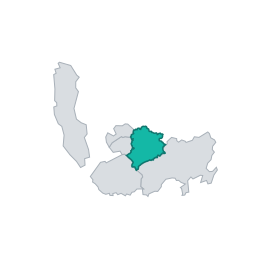 map of Belarus with Sweden, Ukraine, Poland and 2 others greyed out, rotated 324°
{"feature_id": "BLR", "entity_name": "Belarus", "entity_type": "country or territory", "adm_level": 0, "iso_a3": "BLR", "parent_name": "Europe", "parent_adm1": "", "projection": "orthographic", "projection_center": [28.129, 53.705], "detail": "fine", "context": "with_neighbors", "style": "filled", "palette": "teal", "viewbox_px": 256, "rotation_deg": 324, "n_neighbors": 5, "source": "natural_earth", "source_scale": "50m", "svg_char_len": 6324}
<svg xmlns="http://www.w3.org/2000/svg" viewBox="0 0 256 256"><g transform="rotate(324 128 128)"><path d="M65.0,104.4L72.1,96.2L75.4,87.8L74.1,83.6L76.4,73.8L80.3,67.4L83.4,68.3L85.2,65.6L84.7,62.8L91.8,53.5L99.3,41.1L102.0,41.5L103.4,37.5L108.5,39.4L109.5,34.6L111.2,34.5L118.4,43.8L117.6,55.2L118.4,58.2L112.9,59.9L109.3,64.8L109.3,69.4L95.8,80.4L91.5,90.5L93.2,96.2L96.1,100.8L91.4,108.8L87.1,110.0L83.4,122.3L79.8,129.0L74.9,127.3L71.4,132.8L66.4,132.1L66.7,124.8L65.3,115.6L65.0,104.4Z" fill="#d9dde1" stroke="#a8b0b8" stroke-width="1"/><path d="M168.2,211.2L171.0,212.8L176.4,211.7L175.6,214.5L169.9,216.5L162.9,221.5L159.8,220.2L160.7,216.6L154.7,214.8L160.5,210.4L158.9,208.8L150.6,207.4L150.1,204.6L145.3,205.7L139.5,215.6L137.0,214.4L134.5,215.6L132.1,214.3L133.5,213.4L135.8,208.4L135.4,207.0L141.5,207.0L139.0,203.3L138.2,200.1L136.3,198.9L136.6,196.3L134.3,194.3L128.5,191.7L121.7,193.4L120.4,195.1L114.8,196.8L112.5,194.9L106.2,193.6L103.9,195.1L103.6,193.0L101.0,190.7L103.7,185.9L104.8,186.4L103.8,182.9L108.7,176.9L111.1,176.2L111.8,174.1L109.7,167.3L112.0,167.1L114.7,165.2L123.1,165.9L133.9,169.1L135.6,167.8L136.9,169.5L143.1,169.8L143.3,165.9L144.7,164.2L150.5,163.8L151.5,162.0L157.7,161.2L161.1,165.2L160.0,166.9L160.6,169.2L164.4,169.2L166.5,172.3L166.5,173.8L172.9,175.8L176.5,174.1L179.9,177.3L190.2,178.1L190.6,180.3L189.2,184.6L191.0,188.5L190.6,191.2L185.8,192.5L183.5,195.0L183.7,198.3L179.7,199.5L176.6,202.4L171.8,203.3L167.5,206.6L168.2,211.2Z" fill="#d9dde1" stroke="#a8b0b8" stroke-width="1"/><path d="M110.7,149.5L110.7,152.9L111.7,155.8L111.5,158.9L108.7,160.2L111.8,174.1L111.1,176.2L108.7,176.9L103.8,182.9L104.8,186.4L99.3,182.6L95.6,183.3L93.4,182.3L90.3,183.6L88.1,180.6L86.0,181.3L84.0,176.8L80.5,175.9L80.4,173.4L77.2,172.1L76.2,173.9L73.8,171.9L74.5,169.9L71.1,168.6L69.3,165.8L68.2,160.7L69.1,158.1L68.7,153.9L67.6,150.9L69.2,149.2L69.0,145.1L85.6,139.6L89.8,141.5L89.9,143.4L107.6,146.1L109.8,147.1L110.7,149.5Z" fill="#d9dde1" stroke="#a8b0b8" stroke-width="1"/><path d="M124.5,137.1L124.8,140.5L121.2,142.9L120.0,147.1L115.0,149.8L110.7,149.5L109.8,147.1L107.6,146.1L108.0,142.1L101.7,139.0L101.5,132.5L106.5,130.6L117.7,131.1L118.3,132.7L120.5,133.3L124.5,137.1Z" fill="#d9dde1" stroke="#a8b0b8" stroke-width="1"/><path d="M128.1,123.0L130.1,124.7L131.8,132.9L124.5,137.1L120.5,133.3L118.3,132.7L117.7,131.1L106.5,130.6L101.5,132.5L102.2,126.8L104.7,122.2L108.8,120.0L111.6,125.9L114.9,125.9L116.0,120.1L119.6,119.0L124.7,122.9L128.1,123.0Z" fill="#d9dde1" stroke="#a8b0b8" stroke-width="1"/><path d="M148.6,163.6L147.7,163.5L146.6,163.6L146.0,164.1L145.8,164.0L145.4,163.9L144.9,164.1L144.3,164.9L143.9,165.3L143.5,166.0L143.4,166.3L143.2,166.9L143.0,167.6L143.1,168.1L143.3,168.6L143.4,169.1L143.5,169.5L143.2,169.8L143.1,170.2L142.6,170.1L142.1,169.7L141.9,169.2L141.5,168.8L141.2,168.6L140.7,168.6L140.0,168.8L139.1,168.9L138.3,169.0L137.9,169.2L137.4,169.4L137.1,169.2L136.8,168.6L136.5,167.9L136.3,167.6L136.2,167.6L135.7,167.8L135.6,168.0L135.3,168.1L135.0,168.2L134.7,168.5L134.4,169.1L134.2,169.0L134.0,168.9L133.8,168.2L133.5,168.1L133.0,168.1L132.3,167.9L131.8,167.7L131.6,167.8L131.3,168.1L131.0,168.1L130.3,167.9L130.1,168.0L129.9,168.3L129.7,168.7L129.4,168.6L129.5,168.0L129.1,167.8L128.3,167.7L127.8,167.8L127.6,167.8L127.5,167.7L126.9,166.6L126.6,166.5L126.0,166.6L125.2,166.4L124.2,166.2L123.6,166.1L123.4,165.8L122.8,165.7L121.2,165.3L120.5,165.2L119.6,165.1L118.1,165.0L117.1,165.0L116.7,165.1L116.2,165.2L115.3,165.2L115.0,165.2L114.4,165.2L113.8,165.3L113.6,165.5L113.4,166.0L112.6,166.8L111.9,167.3L111.4,167.0L111.0,166.9L110.6,166.8L110.3,166.9L110.1,167.0L110.1,167.7L110.1,167.8L109.8,167.0L109.9,166.3L110.1,165.9L110.3,165.5L110.3,165.0L110.5,164.3L110.6,163.8L110.5,163.6L110.3,163.3L109.9,163.0L109.7,162.7L109.1,162.4L108.5,162.0L108.5,161.8L108.5,161.6L108.6,161.4L109.1,160.7L109.7,160.1L110.0,159.8L111.7,159.1L112.0,158.8L112.1,158.3L112.1,157.9L112.1,157.3L112.1,156.3L112.0,155.7L111.8,154.5L111.1,151.9L110.7,149.3L111.0,149.4L111.8,149.6L112.4,149.4L112.8,149.4L113.1,149.5L113.5,149.4L113.9,149.4L114.1,149.6L114.4,149.8L115.2,149.6L115.8,149.3L116.5,149.3L116.6,149.2L116.8,148.2L117.0,148.0L117.8,148.2L118.1,148.0L118.4,147.6L118.9,147.3L119.3,147.3L119.7,147.0L119.9,147.3L119.9,147.6L119.8,147.9L119.9,148.1L120.1,148.2L120.6,148.2L120.9,148.1L121.0,147.9L121.0,147.6L120.9,147.3L120.7,147.1L120.4,146.9L120.1,146.9L120.2,146.4L120.4,145.8L120.7,145.2L120.9,145.0L121.0,144.8L120.9,144.5L120.9,143.8L121.2,143.0L121.6,142.3L122.1,142.1L122.6,142.0L123.0,141.7L123.2,141.4L123.3,141.1L123.4,140.8L123.5,140.7L124.9,140.8L125.1,140.2L125.5,139.9L125.7,139.7L125.3,139.5L124.5,139.4L124.3,139.2L124.4,138.9L124.6,138.4L124.8,137.6L124.9,137.0L124.9,136.7L125.1,136.6L125.7,136.5L125.9,136.4L126.5,135.6L126.9,135.5L128.0,135.7L128.5,135.7L129.2,135.8L129.2,135.7L129.5,134.9L129.7,134.7L130.6,133.6L131.1,133.2L131.5,133.1L132.2,133.8L132.4,133.8L132.7,133.6L133.4,133.5L133.7,133.8L134.0,134.2L134.2,134.6L134.4,134.7L135.0,134.2L135.4,134.0L135.6,134.0L136.5,134.4L136.9,134.7L137.0,134.9L137.0,135.1L136.9,135.4L136.8,135.8L137.1,136.3L137.4,136.6L138.0,136.1L138.2,135.9L138.5,135.9L138.8,135.7L139.1,135.4L139.3,135.3L139.8,135.4L140.6,135.3L141.5,135.7L141.6,135.8L142.1,136.3L142.3,136.6L142.5,136.7L142.7,136.9L143.1,137.1L143.3,137.0L143.5,137.3L143.6,137.6L143.6,138.6L143.4,138.9L143.2,139.1L143.2,139.3L143.2,139.5L143.5,139.9L143.9,140.6L144.0,140.9L144.0,141.2L143.6,142.1L143.4,142.3L143.3,142.7L143.3,143.1L143.3,143.3L144.1,143.9L144.8,144.3L144.9,144.5L144.6,145.3L144.6,145.5L145.1,145.7L145.4,146.2L145.7,147.0L146.2,147.7L147.2,148.3L148.0,148.6L148.1,148.8L148.2,149.1L148.2,149.6L148.0,150.2L147.9,150.5L148.2,150.6L149.0,150.6L149.9,150.6L151.1,151.2L151.1,151.5L151.0,151.8L151.1,152.1L151.2,152.3L152.2,153.0L152.4,153.3L152.4,153.6L152.4,153.9L152.1,154.0L151.8,154.1L151.3,154.5L151.2,154.9L150.4,155.6L149.9,155.9L149.5,155.9L148.6,155.9L148.2,155.6L148.1,155.3L147.7,155.2L147.2,155.2L146.6,155.3L146.4,155.7L146.1,156.3L145.9,156.7L146.1,156.9L146.4,157.3L146.8,157.8L147.3,158.3L147.4,158.6L147.4,158.8L147.2,159.1L147.3,159.6L147.7,160.2L147.6,160.3L147.6,161.1L147.6,162.0L147.8,162.2L148.0,162.3L148.2,162.7L148.6,163.4L148.6,163.6Z" fill="#14b8a6" stroke="#0f766e" stroke-width="1.5"/></g></svg>